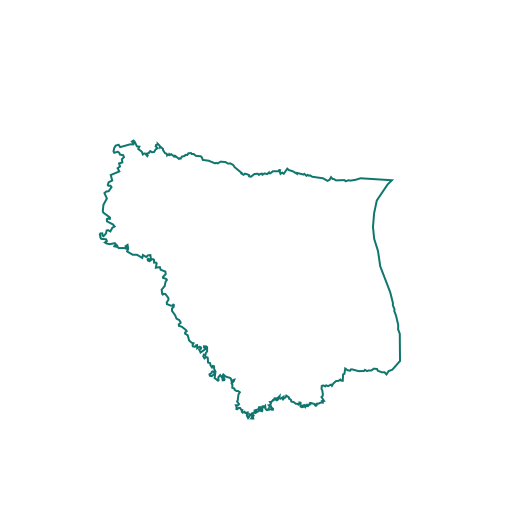 outline of Khon Sawan, Chaiyaphum, Thailand, rotated 124°
{"feature_id": "78962969B35763800993101", "entity_name": "Khon Sawan", "entity_type": "district", "adm_level": 2, "iso_a3": "THA", "parent_name": "Thailand", "parent_adm1": "Chaiyaphum", "projection": "mercator", "projection_center": [102.296, 15.922], "detail": "fine", "context": "isolated", "style": "outline", "palette": "teal", "viewbox_px": 512, "rotation_deg": 124, "n_neighbors": 0, "source": "geoboundaries", "source_scale": "gbopen_adm2", "svg_char_len": 6151}
<svg xmlns="http://www.w3.org/2000/svg" viewBox="0 0 512 512"><g transform="rotate(124 256 256)"><path d="M117.2,185.7L133.1,212.8L137.2,216.1L140.9,220.1L141.3,221.5L143.9,223.5L143.6,225.1L148.6,232.0L148.6,234.2L149.3,235.6L148.7,237.9L151.6,237.6L153.7,238.7L154.1,243.9L158.9,253.8L158.9,256.2L159.8,256.9L159.9,258.6L161.3,259.0L160.9,261.9L162.0,262.3L164.1,268.3L164.9,267.9L165.2,273.0L166.4,276.8L166.1,278.9L172.3,279.0L172.2,280.9L174.2,281.6L172.8,283.5L171.4,284.1L171.7,284.8L173.2,284.8L176.3,289.4L179.5,290.4L180.2,291.6L179.7,292.0L181.9,292.6L182.7,295.0L185.0,296.1L184.4,297.2L185.9,298.7L185.7,299.2L186.4,298.6L187.1,298.9L186.8,300.6L189.0,303.2L193.1,304.5L193.8,306.3L192.8,306.9L193.2,309.1L194.0,311.3L195.6,311.7L195.8,313.5L195.8,314.2L195.2,314.2L194.3,323.4L193.3,325.8L193.6,329.1L195.1,331.0L195.2,333.8L197.5,338.0L200.7,339.6L201.1,341.2L202.1,341.8L203.5,348.6L206.1,353.8L204.4,356.3L204.2,357.5L206.6,361.9L206.3,364.7L207.4,366.3L207.0,367.4L208.7,369.5L210.6,369.4L211.6,371.0L213.1,371.2L215.0,373.0L217.4,372.9L217.8,374.1L218.6,374.2L218.3,377.5L219.2,379.3L218.3,379.3L219.2,381.1L219.0,383.2L220.1,383.7L220.0,384.9L221.0,384.6L221.6,386.1L222.2,386.1L221.2,387.3L221.6,389.0L220.1,392.5L219.2,393.0L218.9,396.1L219.7,396.2L218.4,397.7L217.9,400.3L218.6,399.8L220.2,401.4L220.0,400.8L221.2,400.5L221.6,397.9L223.7,398.8L226.8,398.7L228.2,400.3L228.1,402.2L228.7,402.6L230.2,402.3L232.1,403.7L233.2,402.0L234.0,402.0L233.0,405.0L233.5,406.0L235.1,406.6L233.4,409.0L233.1,413.5L230.6,413.9L231.7,416.0L228.9,420.9L228.8,422.1L230.5,422.9L231.3,420.3L232.1,420.1L233.8,422.8L241.7,429.5L240.6,432.1L243.0,434.1L245.8,433.9L248.8,432.7L249.7,431.3L246.8,428.8L247.0,427.0L248.0,425.4L246.7,422.5L247.9,420.7L250.8,421.3L253.2,419.1L255.8,421.3L257.9,418.8L260.6,419.8L262.3,416.6L270.1,421.7L273.8,417.4L277.3,419.4L280.0,418.6L280.3,417.7L279.1,415.9L279.7,414.3L284.7,414.4L286.3,416.2L288.6,416.8L291.7,411.8L298.9,411.1L304.5,408.1L305.4,406.9L305.8,398.5L307.0,397.9L307.8,399.7L308.8,400.3L310.6,398.9L309.8,392.2L310.6,389.7L312.8,390.9L317.1,390.5L317.3,393.0L318.3,394.1L321.2,393.0L324.9,393.5L325.0,394.5L323.2,396.1L324.3,397.6L325.4,397.5L327.8,395.2L328.3,393.8L326.0,389.7L327.0,388.0L329.3,388.8L329.2,386.9L328.0,383.9L324.3,380.2L324.9,377.6L326.4,379.0L327.2,378.9L325.9,375.8L326.2,374.2L323.1,369.7L322.4,367.4L320.8,369.6L318.6,368.7L321.5,366.0L324.3,365.4L323.9,358.9L321.5,355.3L321.2,349.2L318.4,350.3L318.2,346.4L316.0,346.0L314.3,344.1L317.4,341.2L318.3,342.1L318.6,343.9L319.5,343.9L320.2,342.9L319.9,341.5L316.6,340.1L316.1,339.2L316.3,338.3L318.5,336.9L317.4,335.2L317.6,334.3L321.7,332.5L319.0,329.5L320.7,327.3L319.6,322.4L321.4,320.8L325.4,321.4L326.1,320.9L325.2,317.5L325.7,316.5L327.9,316.6L331.9,314.9L336.7,315.4L339.9,312.5L340.1,311.7L338.9,311.3L338.2,309.9L339.8,305.2L341.3,304.1L344.3,304.1L345.7,303.0L344.7,298.6L343.9,297.5L342.6,297.4L342.6,296.6L344.3,295.8L346.4,296.3L348.5,294.9L350.3,290.0L352.4,286.8L352.0,284.1L352.9,281.7L353.6,281.1L355.8,281.8L357.0,280.8L356.1,277.9L356.6,272.3L357.2,271.4L358.9,272.0L360.0,271.4L359.9,268.3L363.4,264.2L363.9,261.1L363.3,259.0L365.4,258.8L366.2,257.8L365.5,255.9L363.6,255.8L362.8,255.0L365.4,253.2L362.8,252.0L362.6,250.3L363.7,249.8L365.4,250.7L367.0,248.0L361.3,245.8L360.8,246.1L360.9,247.9L360.0,248.6L358.8,246.8L358.9,245.6L362.4,243.2L364.6,243.3L366.7,242.5L367.0,244.1L368.7,243.6L369.7,241.5L367.6,240.9L367.3,239.2L371.1,236.2L370.5,234.2L372.2,232.3L373.0,230.2L371.2,230.3L370.9,229.1L373.1,227.5L374.6,224.8L375.8,225.2L375.8,227.3L376.4,227.8L378.2,227.5L380.1,228.4L381.1,227.3L380.4,225.5L377.2,224.7L376.6,223.9L380.3,222.1L380.6,217.8L380.0,217.6L377.6,219.4L374.8,219.1L376.0,215.6L377.7,214.1L376.7,212.9L375.8,213.2L373.5,216.8L372.5,216.9L372.9,213.4L371.5,209.2L372.0,207.8L373.9,205.9L373.3,205.1L371.4,205.4L370.7,204.8L372.5,204.4L375.3,204.9L376.0,203.5L378.5,202.0L378.0,199.8L378.9,198.9L378.8,196.6L377.9,195.1L378.0,193.2L380.6,193.1L385.7,190.5L387.2,190.3L388.3,187.2L389.9,187.5L391.0,189.2L392.0,187.7L393.8,186.7L393.7,186.0L391.6,185.4L390.9,184.2L391.7,182.5L391.3,181.2L393.0,180.8L393.3,179.4L391.5,178.4L392.2,177.0L390.5,175.6L393.4,174.4L394.8,171.9L393.0,171.8L390.9,173.1L391.0,169.8L392.0,169.0L393.3,169.1L392.3,167.4L390.7,168.8L389.5,168.8L389.2,170.1L390.0,171.5L388.7,171.4L386.9,169.7L384.8,170.8L383.6,169.8L385.8,168.4L382.1,166.7L381.3,164.2L380.5,164.4L380.1,165.6L380.4,167.3L381.6,168.5L379.5,168.9L378.5,167.0L378.8,165.5L377.0,166.5L376.4,165.8L376.7,164.8L375.1,164.6L377.3,162.7L377.8,161.0L377.2,160.3L375.4,160.2L376.0,159.1L374.3,157.8L374.6,156.9L374.0,156.0L373.1,156.5L373.0,158.5L372.3,159.4L373.2,160.1L372.6,161.9L371.8,161.0L370.0,161.1L369.2,162.7L368.3,161.6L366.0,161.4L365.8,160.7L363.7,161.1L362.7,159.7L364.1,159.3L364.0,158.0L362.6,157.5L361.7,158.6L359.0,158.1L360.7,157.3L360.7,156.0L357.8,154.7L359.5,154.2L359.8,153.4L357.7,153.2L356.8,152.4L354.8,152.8L354.8,149.6L355.8,148.8L355.6,146.8L356.9,145.4L356.0,143.0L356.3,140.5L355.3,138.8L355.5,137.8L354.0,137.5L353.2,138.1L352.7,137.1L355.9,134.9L355.7,133.4L355.0,132.8L355.1,133.8L354.3,133.9L352.6,132.7L353.6,130.8L351.1,131.0L350.7,130.4L351.8,129.5L351.4,129.0L349.4,128.8L348.7,128.1L347.9,129.1L347.3,128.7L346.0,124.7L346.8,123.6L346.7,122.6L345.9,122.4L345.5,123.2L344.2,122.9L343.9,121.9L341.4,120.5L340.2,118.7L339.3,120.1L338.1,118.6L336.3,122.8L334.8,122.5L333.3,123.2L330.5,125.7L329.5,127.4L326.9,128.8L325.6,127.7L325.4,125.7L324.0,125.5L323.6,123.5L320.7,121.9L321.2,120.5L318.5,120.6L314.9,119.7L313.4,117.8L311.2,116.9L311.7,115.6L310.9,114.3L305.4,117.6L304.2,116.8L299.4,119.1L299.5,116.1L298.4,113.8L296.9,113.9L296.2,112.8L294.1,106.6L291.0,102.2L289.5,102.0L289.3,99.5L287.9,98.6L286.5,96.4L283.5,95.3L282.0,92.5L283.0,90.9L282.0,86.5L280.5,84.5L281.2,81.6L277.3,81.7L274.0,79.4L262.5,77.9L240.1,93.3L237.3,97.2L233.7,99.5L227.1,106.6L224.2,110.7L222.7,111.4L220.4,114.9L218.3,116.3L211.0,124.5L195.1,147.2L183.6,157.7L175.7,167.6L166.6,175.2L154.5,182.0L142.4,186.9L123.1,186.9L117.2,185.7Z" fill="none" stroke="#0f766e" stroke-width="2"/></g></svg>